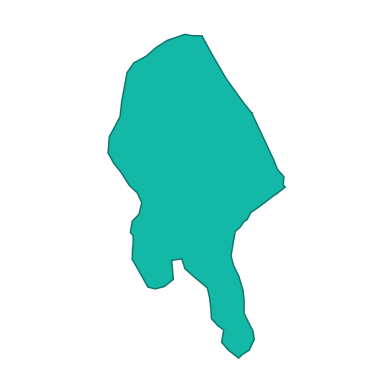 the district of Leksand, Dalarna, Sweden, rotated 100°
{"feature_id": "70781695B69535190961561", "entity_name": "Leksand", "entity_type": "district", "adm_level": 2, "iso_a3": "SWE", "parent_name": "Sweden", "parent_adm1": "Dalarna", "projection": "orthographic", "projection_center": [15.093, 60.74], "detail": "fine", "context": "isolated", "style": "filled", "palette": "teal", "viewbox_px": 384, "rotation_deg": 100, "n_neighbors": 0, "source": "geoboundaries", "source_scale": "gbopen_adm2", "svg_char_len": 1176}
<svg xmlns="http://www.w3.org/2000/svg" viewBox="0 0 384 384"><g transform="rotate(100 192 192)"><path d="M36.5,209.1L38.0,218.8L38.0,226.4L47.0,242.7L56.1,252.6L66.3,260.8L74.9,271.7L82.7,275.3L85.7,276.7L99.8,276.8L115.6,276.9L130.2,275.9L140.5,279.2L151.9,283.0L168.2,281.4L177.4,273.9L185.1,265.2L196.4,254.9L202.4,245.7L211.1,239.7L223.0,240.3L231.1,245.7L242.5,245.7L245.2,242.4L253.8,240.8L257.0,240.7L258.2,240.7L269.0,239.1L270.0,238.2L273.9,234.7L281.9,228.2L293.3,218.9L293.8,211.4L289.9,202.8L281.2,195.2L262.9,200.2L259.6,190.5L268.8,185.6L274.2,176.9L283.8,160.2L292.9,156.4L303.7,153.1L313.4,150.8L319.2,143.3L322.4,136.8L334.8,136.7L341.2,129.1L347.5,117.2L343.7,114.6L343.2,114.0L337.8,108.2L326.5,105.1L318.4,107.8L308.3,115.4L302.4,119.7L289.5,121.9L279.9,124.7L267.0,131.2L257.3,138.2L248.2,142.5L235.3,142.6L223.4,142.6L218.0,138.3L212.1,135.6L209.6,133.0L209.8,133.0L202.1,130.6L192.9,121.4L179.3,109.1L179.7,108.9L170.9,101.0L169.2,103.4L161.1,104.1L155.1,111.5L148.6,115.8L148.8,115.9L147.5,116.2L104.2,146.6L103.9,146.5L104.0,146.7L94.3,157.7L74.2,178.3L52.5,196.6L36.8,209.1L36.5,209.1Z" fill="#14b8a6" stroke="#0f766e" stroke-width="1.5"/></g></svg>